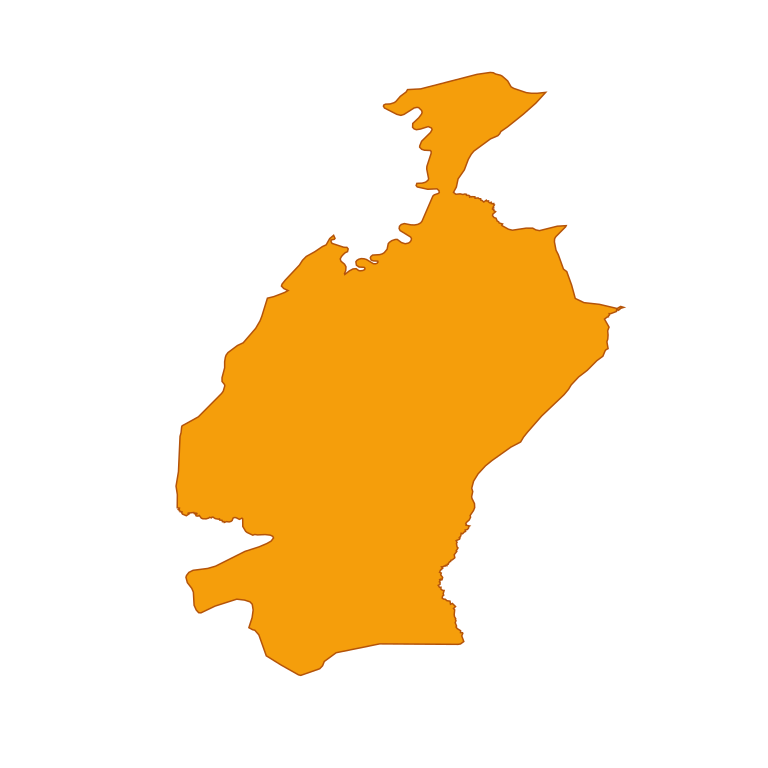 Rasi Salai, Si Sa Ket, Thailand (Equal Earth projection), rotated 71°
{"feature_id": "78962969B91531031914262", "entity_name": "Rasi Salai", "entity_type": "district", "adm_level": 2, "iso_a3": "THA", "parent_name": "Thailand", "parent_adm1": "Si Sa Ket", "projection": "equal_earth", "projection_center": [104.176, 15.349], "detail": "fine", "context": "isolated", "style": "filled", "palette": "amber", "viewbox_px": 768, "rotation_deg": 71, "n_neighbors": 0, "source": "geoboundaries", "source_scale": "gbopen_adm2", "svg_char_len": 6170}
<svg xmlns="http://www.w3.org/2000/svg" viewBox="0 0 768 768"><g transform="rotate(71 384 384)"><path d="M303.5,521.3L305.3,523.9L307.1,525.3L311.0,527.4L316.8,529.4L325.3,535.1L328.9,536.3L332.5,535.0L333.9,535.1L338.5,538.4L340.1,540.7L354.6,570.2L357.8,588.5L358.7,589.3L363.9,591.7L367.1,593.9L400.0,606.9L412.9,613.9L421.3,615.4L433.7,619.8L434.8,617.8L435.4,618.2L435.8,619.3L436.5,618.5L437.2,618.8L438.2,617.8L438.5,618.1L439.3,616.6L440.0,617.2L441.4,616.9L444.2,613.8L443.4,610.8L442.7,611.4L442.3,611.1L443.6,605.6L444.6,605.6L444.8,603.9L445.5,603.0L446.0,603.3L445.9,604.8L447.6,604.5L448.4,602.8L448.1,601.5L451.4,600.4L452.5,599.1L453.6,596.0L453.7,593.4L453.3,592.2L454.4,590.8L453.9,590.1L454.1,589.1L456.3,587.4L457.9,584.6L458.0,583.5L459.1,583.7L460.2,581.5L461.6,581.6L462.0,580.1L462.9,580.1L462.8,577.8L464.0,575.3L464.1,573.4L463.6,572.0L461.7,570.4L461.5,569.2L462.2,567.4L464.9,564.8L464.6,562.0L465.5,561.5L472.7,563.9L478.2,562.8L479.8,561.8L484.2,557.3L484.2,555.2L485.5,552.7L487.7,545.3L489.9,540.7L491.8,538.8L493.6,538.6L495.8,541.9L496.7,546.8L497.3,555.4L497.0,569.9L501.4,602.6L501.0,610.7L498.0,625.2L498.6,629.8L500.7,633.0L502.3,634.2L507.8,634.6L514.6,632.3L518.7,632.0L531.4,635.6L536.6,635.1L539.9,633.7L540.8,631.6L539.0,616.0L539.5,593.3L542.9,586.2L546.4,581.6L549.4,580.3L555.1,581.3L562.0,584.8L570.4,591.1L573.5,588.3L574.8,586.3L580.5,584.0L602.7,583.8L616.2,572.8L631.1,559.6L632.4,557.6L632.3,537.5L630.4,533.8L626.9,530.8L622.5,516.7L628.3,472.7L654.3,398.7L654.7,396.3L653.5,392.4L647.5,392.5L645.3,390.6L644.7,390.8L644.0,392.6L642.2,391.9L639.1,394.4L637.2,395.0L636.5,394.2L632.9,394.4L631.2,393.0L630.1,393.2L629.3,392.6L627.0,393.1L624.9,392.7L620.5,390.7L618.9,391.4L617.7,388.8L613.7,390.8L613.9,392.8L610.8,392.3L609.4,395.0L607.4,396.2L606.8,397.7L605.3,398.7L603.5,397.6L603.1,396.3L601.5,396.3L598.8,394.4L598.3,395.6L596.7,397.0L594.7,396.3L594.4,397.7L592.0,398.3L591.7,396.3L589.9,395.6L589.1,396.1L588.4,395.1L587.1,395.1L587.0,393.8L587.9,393.6L588.0,392.9L586.0,391.5L582.9,392.5L581.4,391.4L580.1,392.8L578.2,391.0L578.2,390.0L577.6,389.8L577.4,388.6L575.6,389.1L576.1,387.1L575.6,386.3L576.1,385.5L575.5,384.9L576.3,383.7L575.0,382.8L575.3,381.9L574.1,380.9L573.4,379.7L573.5,378.8L572.5,378.2L572.5,376.6L571.3,373.6L568.3,373.2L566.0,369.7L565.2,370.0L563.1,367.4L561.7,368.0L558.3,367.4L557.6,366.5L555.6,366.8L555.3,363.1L554.3,362.3L553.8,362.8L552.7,360.9L550.3,359.6L551.2,358.5L550.0,356.1L550.0,354.9L548.5,354.8L548.7,352.5L547.7,350.9L546.4,350.2L546.1,349.3L544.2,352.4L543.5,351.9L542.7,352.2L541.7,351.1L540.3,347.7L538.1,345.5L536.4,345.4L532.8,340.6L530.4,338.5L526.6,337.4L520.7,338.1L519.0,337.8L514.6,335.1L511.1,335.0L505.0,330.9L499.6,324.3L494.4,314.7L491.5,306.8L485.0,284.7L483.3,273.7L479.6,269.3L476.2,263.9L465.6,245.4L452.7,217.2L449.2,211.4L445.8,207.3L440.7,197.7L437.2,187.3L431.2,175.1L429.0,168.0L424.8,164.3L423.9,163.1L423.5,160.6L416.6,159.5L414.4,157.8L410.6,156.2L406.5,155.2L403.5,152.7L394.4,154.4L393.4,151.3L393.5,149.9L392.8,149.7L392.1,148.3L390.8,148.2L391.3,146.9L391.1,140.7L389.3,139.8L389.5,138.8L390.6,138.7L390.2,136.7L389.5,136.1L389.6,132.4L387.7,135.0L388.5,139.0L378.8,154.4L372.2,168.4L365.4,175.3L351.5,174.4L337.2,174.6L333.8,176.9L318.3,177.1L313.5,177.8L305.1,176.6L302.2,175.4L300.6,173.5L294.5,161.1L293.6,160.2L291.2,168.8L289.6,187.1L287.7,190.3L285.1,192.6L282.9,198.9L280.4,212.5L278.2,215.9L272.6,220.9L272.1,221.0L271.3,219.8L269.2,222.7L267.9,222.8L266.8,223.9L263.7,224.1L262.5,225.7L260.2,226.6L258.8,225.8L257.4,222.4L255.7,223.8L254.9,223.4L254.0,224.5L253.0,224.0L253.1,222.9L252.0,223.0L250.6,221.3L249.8,222.0L249.1,221.5L248.3,223.9L247.1,223.5L247.0,225.2L245.6,226.0L244.9,225.6L244.4,227.2L243.5,227.4L244.4,230.4L242.2,231.7L241.8,232.6L240.3,232.3L239.8,233.7L238.7,234.4L238.0,237.4L236.6,237.1L235.4,240.0L235.5,240.7L234.9,241.1L235.1,242.2L233.8,242.0L233.2,242.4L232.5,244.6L231.5,244.3L230.7,245.7L230.5,247.7L229.0,250.1L228.0,254.3L225.4,255.9L221.4,251.5L214.2,247.2L207.7,238.3L199.0,231.1L195.1,226.6L193.0,223.1L186.9,203.5L186.3,195.5L185.0,193.1L183.3,191.3L181.1,183.5L174.3,164.5L167.9,149.1L160.9,136.2L159.0,144.5L157.1,150.0L154.9,154.5L146.8,165.0L144.4,167.1L137.7,168.4L131.4,172.0L130.0,173.3L127.2,177.6L125.3,179.3L124.0,182.1L121.5,195.2L116.9,253.3L113.3,265.9L115.1,268.0L117.3,274.9L120.8,280.9L121.3,282.9L121.2,287.0L119.9,291.5L120.1,293.3L121.1,294.1L123.2,293.7L133.2,284.1L135.5,280.6L135.6,277.3L132.8,265.6L133.2,262.7L134.0,261.2L137.6,259.4L139.5,259.5L141.0,260.6L143.6,264.4L147.0,272.0L150.6,273.4L152.6,272.5L154.1,270.6L154.8,266.6L155.0,258.4L157.4,255.8L159.1,255.7L161.3,258.1L166.7,269.4L170.5,272.7L171.7,273.2L174.3,272.0L176.1,269.7L178.3,264.2L179.5,263.7L181.2,264.3L192.2,272.6L194.6,273.6L204.5,275.0L205.7,276.1L206.7,279.0L206.5,282.6L205.0,287.6L206.8,289.0L208.5,288.4L214.1,279.3L216.7,270.4L219.0,269.1L221.0,269.4L221.5,270.6L221.5,274.9L222.2,276.6L242.5,295.1L243.6,296.9L244.1,299.9L243.6,303.3L242.3,306.7L238.9,312.6L238.8,315.8L239.9,318.0L242.0,319.1L244.2,318.8L253.7,311.0L255.5,310.7L257.1,311.6L258.4,313.6L258.7,315.1L258.3,318.3L255.9,321.5L251.6,324.4L251.0,326.3L251.0,330.0L251.8,332.8L252.7,334.3L257.6,337.2L259.9,341.0L260.4,343.2L260.3,345.9L258.4,352.8L259.2,354.9L260.3,355.9L262.6,355.8L264.1,354.0L265.8,349.9L266.8,350.0L267.6,351.2L267.6,352.8L266.8,354.9L260.6,360.0L259.1,362.1L258.0,364.7L257.8,367.2L258.3,369.4L259.3,370.8L262.7,371.4L265.3,369.5L267.2,364.8L268.3,364.3L269.5,365.0L269.8,367.1L269.2,369.8L268.5,371.0L265.9,372.8L265.1,375.9L265.8,380.1L267.7,385.4L266.7,385.4L264.4,383.3L260.8,381.8L257.9,382.3L253.9,384.7L251.5,384.7L249.6,382.7L248.2,380.2L247.2,377.8L247.0,375.4L244.6,373.9L242.7,374.6L241.7,377.4L234.1,387.4L232.1,387.7L230.6,387.1L231.0,383.9L230.4,382.9L227.0,383.2L228.8,388.0L233.6,393.4L234.0,397.5L236.4,406.4L238.1,416.0L240.5,420.8L244.0,425.2L253.6,443.5L256.3,447.8L258.0,449.1L261.1,447.7L264.4,444.3L265.1,448.1L265.3,453.3L265.5,459.7L264.9,466.3L280.1,477.4L283.9,480.6L289.6,487.2L299.2,503.7L299.9,510.1L303.5,521.3Z" fill="#f59e0b" stroke="#b45309" stroke-width="1.5"/></g></svg>